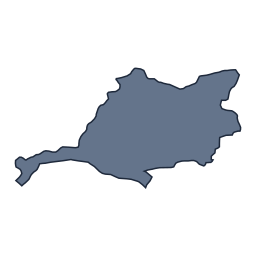 Zakho, Dihok, Iraq (Mercator projection)
{"feature_id": "34846034B3570372403108", "entity_name": "Zakho", "entity_type": "district", "adm_level": 2, "iso_a3": "IRQ", "parent_name": "Iraq", "parent_adm1": "Dihok", "projection": "mercator", "projection_center": [42.817, 37.203], "detail": "fine", "context": "isolated", "style": "filled", "palette": "slate", "viewbox_px": 256, "rotation_deg": 0, "n_neighbors": 0, "source": "geoboundaries", "source_scale": "gbopen_adm2", "svg_char_len": 2850}
<svg xmlns="http://www.w3.org/2000/svg" viewBox="0 0 256 256"><path d="M239.3,74.9L238.0,73.4L235.6,69.8L234.3,69.8L230.6,70.0L227.1,70.5L224.7,70.5L222.2,71.0L219.1,72.2L214.6,73.0L209.9,74.4L206.6,75.2L200.9,75.9L199.4,76.4L198.0,79.3L196.5,82.3L195.1,83.5L191.8,84.7L188.9,86.0L186.9,86.5L186.1,86.7L183.4,88.6L179.9,89.1L177.2,87.9L169.6,84.5L167.4,84.2L163.5,83.3L160.8,82.3L159.4,82.3L158.1,81.8L154.3,78.8L152.8,78.8L149.3,78.8L147.9,78.4L146.7,77.1L145.4,73.9L143.8,70.5L140.7,69.0L135.8,68.3L134.5,68.5L133.5,69.5L131.7,71.7L130.6,73.7L127.1,75.9L121.6,77.6L117.9,78.4L116.3,78.6L116.1,79.6L116.9,80.3L118.3,82.5L120.0,84.5L120.0,86.9L119.5,88.9L116.9,90.9L115.4,91.6L111.9,91.8L108.5,92.3L107.4,93.5L107.4,94.3L108.0,96.7L108.5,98.9L106.6,100.9L105.4,102.6L104.4,103.6L103.5,104.6L100.7,105.3L99.2,106.8L98.2,108.5L96.3,114.1L96.1,116.1L94.5,118.8L91.4,122.0L88.7,123.7L87.5,125.1L86.9,127.1L86.7,129.5L85.5,131.5L82.8,134.0L80.9,136.6L79.3,140.1L78.9,143.5L78.9,145.2L78.1,147.2L75.4,147.7L68.6,147.2L62.7,146.9L60.8,147.9L57.7,150.8L55.7,152.1L54.9,152.1L52.6,152.1L48.9,151.1L45.8,150.8L43.8,151.3L40.1,153.8L38.6,154.5L36.2,154.7L34.7,155.7L32.9,156.9L31.1,157.2L27.6,158.9L26.3,159.9L25.3,159.9L23.2,158.2L21.2,157.2L19.5,157.2L17.5,158.9L15.6,160.4L15.4,163.1L15.7,165.5L16.1,167.0L18.3,168.2L20.2,169.4L21.2,171.1L21.8,173.6L20.8,175.3L19.6,177.0L15.9,180.6L19.1,183.3L21.8,185.8L23.5,184.2L25.3,182.8L27.3,180.9L28.9,179.3L30.6,175.8L31.4,174.5L33.7,172.1L35.9,170.6L37.1,169.4L38.8,165.9L39.6,163.8L42.6,163.4L45.4,163.2L50.8,162.2L63.1,160.7L71.0,159.5L72.4,159.9L78.6,160.9L84.0,161.6L88.2,162.2L89.9,163.6L94.4,166.5L99.4,171.4L102.3,173.3L105.3,174.1L110.7,174.5L115.2,176.6L118.9,178.2L121.4,178.4L127.0,178.8L131.2,179.3L137.7,181.3L139.0,181.9L142.4,184.6L145.6,187.7L146.7,184.8L150.0,180.9L152.0,177.0L148.1,173.7L145.8,171.8L144.4,171.2L147.8,170.0L150.9,169.4L152.2,169.2L153.7,168.8L155.9,168.3L159.6,167.7L171.1,167.5L173.7,166.9L174.8,164.8L175.8,163.2L177.6,162.2L181.7,161.1L184.4,160.9L188.3,160.9L191.6,160.5L193.8,160.5L195.6,161.1L196.7,161.6L199.3,164.2L203.7,165.9L204.6,165.5L205.7,163.8L206.0,162.6L207.7,162.6L209.7,162.4L210.8,162.4L211.3,162.0L212.1,161.4L213.0,159.9L211.3,159.7L211.3,158.7L211.3,156.2L212.7,154.8L214.9,152.9L215.3,149.2L218.0,148.0L219.4,146.8L219.4,143.9L219.5,140.2L219.7,137.5L222.5,136.5L226.0,135.3L232.3,135.0L232.9,133.4L234.1,132.2L236.1,131.6L238.0,131.1L240.0,131.1L240.5,129.5L240.6,127.4L239.4,124.4L238.0,121.5L237.4,119.0L237.2,117.6L237.4,116.6L237.4,115.7L236.8,114.5L235.1,112.9L233.3,111.6L231.8,110.8L227.6,110.4L225.7,110.0L221.9,108.6L220.3,105.1L221.5,100.3L225.6,100.3L226.8,99.7L227.9,99.1L228.4,96.9L228.8,94.6L229.5,91.5L231.0,88.7L232.1,87.6L234.1,86.4L236.0,83.5L237.4,80.3L238.2,78.0L239.3,74.9Z" fill="#64748b" stroke="#1e293b" stroke-width="1.5"/></svg>